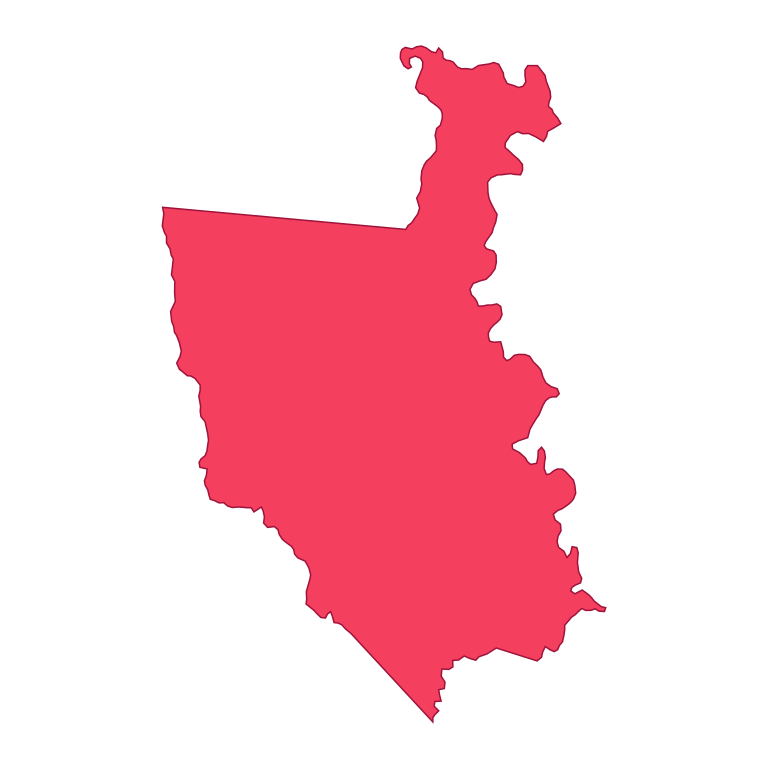 the district of Uirapuru, Goiás, Brazil
{"feature_id": "56859067B35943950615068", "entity_name": "Uirapuru", "entity_type": "district", "adm_level": 2, "iso_a3": "BRA", "parent_name": "Brazil", "parent_adm1": "Goiás", "projection": "robinson", "projection_center": [-49.926, -14.136], "detail": "fine", "context": "isolated", "style": "filled", "palette": "rose", "viewbox_px": 768, "rotation_deg": 0, "n_neighbors": 0, "source": "geoboundaries", "source_scale": "gbopen_adm2", "svg_char_len": 4649}
<svg xmlns="http://www.w3.org/2000/svg" viewBox="0 0 768 768"><path d="M415.6,87.7L419.4,93.1L424.0,94.5L427.3,97.0L429.5,100.5L437.8,106.6L441.0,110.0L442.2,113.6L442.3,118.2L440.4,125.2L436.7,128.4L435.1,135.6L436.2,140.2L436.5,145.5L436.3,150.8L430.4,157.9L426.6,161.1L424.3,164.6L421.8,170.8L421.0,179.3L421.8,183.9L420.3,191.5L416.7,198.2L418.3,203.5L419.6,208.1L417.7,214.1L413.9,219.5L411.7,222.8L408.1,225.5L405.8,229.4L344.6,223.9L276.5,217.7L162.6,207.3L163.8,213.6L162.3,226.0L164.5,232.7L166.5,236.1L166.5,243.0L170.0,248.8L171.2,255.2L173.3,258.8L172.6,265.2L171.5,274.9L174.8,281.4L174.6,293.1L175.3,301.4L170.6,311.5L171.7,321.4L173.7,326.6L174.5,332.3L176.6,335.5L179.2,342.2L181.3,351.0L180.0,356.6L176.7,363.1L179.4,369.3L182.9,372.0L187.3,375.7L190.7,376.0L195.0,378.4L200.2,385.1L200.1,390.6L198.8,396.1L200.6,406.2L200.2,411.3L201.0,416.7L205.0,421.5L206.3,427.2L207.7,433.9L208.5,440.2L207.6,446.0L206.9,451.1L205.2,455.6L201.0,459.0L199.1,462.3L199.9,467.3L203.7,468.2L207.2,469.0L206.3,475.8L204.4,480.8L205.2,485.2L207.8,490.0L208.9,494.9L210.3,499.3L214.2,500.5L219.1,502.9L223.7,502.7L227.8,506.1L232.4,507.5L238.3,507.0L242.9,507.3L246.6,507.7L251.2,507.7L253.9,511.9L257.8,509.4L261.3,507.0L263.1,510.8L264.4,516.7L263.6,523.0L267.6,527.4L274.4,526.6L278.0,529.7L279.3,534.6L282.4,539.4L287.1,543.2L291.3,546.2L293.7,549.5L294.6,554.1L297.9,557.9L305.2,561.2L308.9,567.9L310.7,574.9L310.0,578.7L306.3,591.7L306.7,598.9L306.1,604.0L313.9,610.3L316.7,613.4L320.9,617.5L325.5,618.0L327.5,614.0L330.6,611.7L332.4,616.3L334.1,622.6L337.8,623.0L341.7,624.7L345.7,629.1L350.8,633.3L432.8,721.9L432.8,717.8L434.9,714.6L438.7,710.8L434.1,706.2L434.9,701.5L441.1,701.1L439.6,695.1L438.7,689.7L444.3,688.5L445.0,682.1L441.2,676.2L441.9,669.0L448.8,669.4L452.9,666.9L452.7,660.4L458.7,660.0L464.2,656.0L470.2,658.6L475.7,660.2L479.0,656.7L482.8,655.4L487.0,653.9L491.3,651.2L496.3,648.0L537.1,660.9L541.5,657.3L542.6,652.2L545.3,646.5L549.9,649.7L554.2,651.6L557.7,649.7L559.4,645.5L562.5,641.7L563.9,635.5L564.7,630.0L564.7,625.3L571.6,617.1L575.3,614.6L578.2,611.7L581.7,608.5L585.6,610.4L591.3,610.3L595.0,608.8L599.1,611.2L604.4,611.5L605.7,607.7L601.2,606.6L597.2,603.5L594.1,601.0L591.6,597.7L588.5,594.6L582.2,590.0L574.9,593.8L570.7,590.9L572.0,587.3L575.5,585.0L580.5,582.9L581.7,578.3L578.7,572.0L577.4,562.3L578.2,552.8L576.8,547.6L572.1,546.7L570.4,553.5L566.9,557.5L563.9,551.2L558.6,547.4L557.1,541.9L558.0,536.3L561.0,530.8L560.5,524.2L555.1,519.9L553.3,514.2L557.9,510.4L561.8,508.9L565.3,506.5L568.4,504.3L571.1,502.0L573.5,498.9L575.7,493.2L574.8,485.3L573.4,480.1L569.1,475.5L566.1,472.2L562.6,469.2L557.3,469.0L553.8,470.7L549.8,474.0L546.4,474.5L544.1,468.6L544.6,461.7L545.4,457.7L544.4,451.0L541.5,447.2L538.2,450.7L538.0,456.6L536.7,463.3L530.8,464.4L527.4,461.7L525.5,458.1L519.5,452.6L512.6,448.9L512.1,444.2L517.8,441.1L521.3,439.8L527.7,437.7L530.1,428.9L532.7,424.4L536.4,418.4L538.9,414.9L540.9,410.2L542.8,405.6L545.4,400.9L549.2,397.8L552.5,396.9L556.3,396.9L559.2,393.7L557.2,388.7L551.2,386.7L545.9,382.9L543.0,377.2L540.9,370.1L538.0,366.5L533.5,362.1L529.6,356.2L524.8,354.5L518.7,354.4L514.3,355.3L509.9,359.4L506.7,360.6L503.6,357.2L503.3,351.6L500.7,341.8L493.6,342.2L489.6,341.1L488.5,336.9L488.3,333.1L490.4,328.7L493.6,325.1L497.4,321.9L500.2,319.0L502.0,314.7L500.7,306.4L496.9,303.9L491.9,305.0L487.7,305.0L482.8,306.0L478.3,306.0L477.0,301.8L475.1,298.6L471.4,294.7L470.0,289.4L473.1,283.5L480.3,280.8L486.0,279.3L490.8,274.7L494.9,269.0L496.3,262.5L496.1,255.0L493.6,251.0L486.5,248.8L484.2,245.7L485.5,242.0L488.3,238.0L492.1,232.7L493.5,227.5L495.7,222.2L497.1,214.4L494.6,210.2L490.8,202.7L489.0,198.2L488.0,192.8L487.6,182.1L490.9,177.9L497.4,174.9L502.0,174.7L510.6,173.6L514.4,174.4L520.6,174.8L522.6,169.9L522.4,164.4L518.5,159.5L513.4,155.1L508.8,150.7L505.1,147.6L505.3,142.9L510.4,135.4L517.4,131.6L522.7,133.7L528.6,133.5L535.3,136.6L543.5,141.5L546.5,136.5L547.6,131.4L553.7,128.0L560.9,123.6L557.5,117.8L553.3,113.0L552.0,109.4L548.4,106.4L549.0,102.2L550.7,97.3L550.1,91.1L548.2,86.4L546.3,81.2L545.0,75.3L537.5,65.6L527.8,65.6L525.0,69.9L525.0,75.5L525.8,81.9L523.0,86.3L518.6,87.5L513.6,85.5L507.2,83.6L503.8,77.0L503.3,73.0L498.7,64.2L493.7,62.5L489.5,63.9L478.5,65.5L472.2,69.4L466.3,68.6L461.5,68.8L457.5,67.1L453.1,62.0L449.8,60.6L446.1,60.2L443.1,57.9L442.5,52.0L438.7,48.0L435.8,52.8L431.7,51.8L426.0,47.8L421.5,46.1L416.7,46.7L412.1,49.0L405.3,47.4L401.9,49.5L400.5,53.0L400.3,58.3L403.9,65.9L408.1,68.8L411.4,67.0L409.4,63.6L409.6,58.4L415.2,56.1L420.5,58.3L422.8,62.0L422.5,67.9L417.2,81.0L415.6,87.7Z" fill="#f43f5e" stroke="#9f1239" stroke-width="1.5"/></svg>